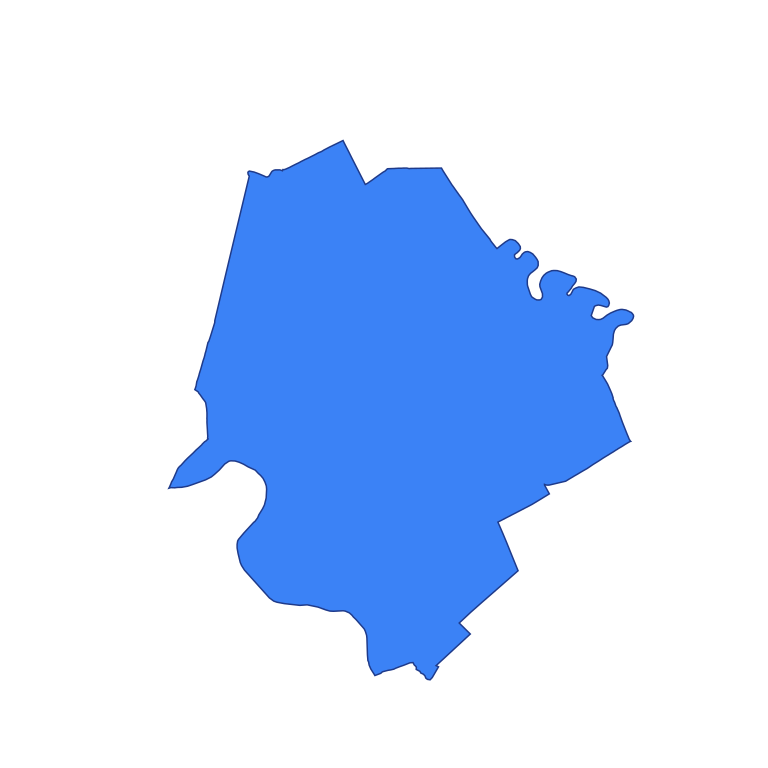 the district of Cilibia, Buzau, Romania, rotated 227°
{"feature_id": "2599482B67020299578816", "entity_name": "Cilibia", "entity_type": "district", "adm_level": 2, "iso_a3": "ROU", "parent_name": "Romania", "parent_adm1": "Buzau", "projection": "equal_earth", "projection_center": [27.05, 45.044], "detail": "fine", "context": "isolated", "style": "filled", "palette": "blue", "viewbox_px": 768, "rotation_deg": 227, "n_neighbors": 0, "source": "geoboundaries", "source_scale": "gbopen_adm2", "svg_char_len": 5943}
<svg xmlns="http://www.w3.org/2000/svg" viewBox="0 0 768 768"><g transform="rotate(227 384 384)"><path d="M590.0,520.1L592.1,513.3L594.2,506.6L596.1,499.7L596.5,497.5L596.8,496.4L597.9,493.6L598.8,490.0L600.6,483.8L601.3,481.5L602.0,479.5L602.8,476.7L603.4,474.7L603.6,473.7L604.1,471.9L604.7,470.1L606.0,465.7L606.7,463.1L606.9,462.4L607.4,461.0L607.9,459.5L608.2,458.7L608.7,457.5L609.3,456.7L609.8,456.3L609.2,455.2L611.6,453.9L614.8,450.4L615.4,449.3L615.7,448.3L615.9,447.2L615.8,446.5L615.2,444.3L614.8,443.0L614.5,441.4L614.8,440.4L615.2,439.6L616.0,438.9L617.8,438.2L623.4,435.7L627.7,433.5L631.5,430.8L631.6,430.5L631.8,429.8L631.7,429.0L631.3,428.5L629.9,427.6L627.9,427.2L580.6,355.8L571.7,342.4L545.9,303.7L544.3,302.0L536.8,288.9L534.6,284.8L534.5,283.7L529.4,276.0L528.4,274.2L527.2,272.5L525.8,270.2L524.3,267.4L519.9,260.2L517.7,256.3L516.4,254.3L515.2,252.2L514.1,250.2L513.4,248.7L510.7,245.2L509.6,243.2L508.9,241.8L508.1,242.0L505.2,242.7L504.4,242.6L504.0,242.4L503.5,242.3L501.6,242.2L500.2,242.0L496.7,241.5L494.4,241.3L492.9,241.1L491.9,240.8L488.9,238.8L487.1,237.6L483.7,234.9L480.9,232.3L479.4,230.8L478.4,230.0L477.4,229.0L476.3,228.0L473.5,225.7L470.6,223.3L468.0,221.1L465.9,219.4L464.7,218.0L463.8,217.9L463.8,215.1L463.8,214.8L464.1,213.4L464.0,210.0L463.8,209.3L463.8,207.3L463.8,204.9L463.9,201.6L463.7,197.4L463.7,195.6L463.7,192.0L463.7,189.7L463.6,187.4L463.6,186.5L463.5,185.6L463.4,184.4L463.2,182.2L463.0,179.9L463.1,178.9L463.0,176.8L462.7,175.6L462.3,174.4L461.1,171.8L460.3,169.9L458.2,165.1L457.6,163.0L457.2,161.7L456.5,160.4L455.0,157.0L454.5,155.6L453.6,157.4L450.8,160.2L449.3,162.3L446.5,165.5L443.2,170.6L441.0,175.5L435.6,188.1L433.8,194.3L433.5,198.6L433.4,204.9L434.1,212.9L433.3,217.9L432.3,219.6L429.2,222.6L425.6,224.7L421.1,226.6L416.1,228.1L408.8,231.1L404.3,231.1L401.3,231.4L397.4,231.2L393.3,230.0L389.7,228.4L387.1,226.4L381.0,220.1L377.1,214.1L375.6,210.2L373.7,203.3L372.3,200.3L371.5,195.8L371.7,194.4L370.6,179.9L369.6,171.7L369.0,169.9L366.9,167.2L364.2,164.7L359.6,161.7L351.4,157.1L348.3,156.0L342.9,155.0L305.7,154.3L300.4,155.3L297.4,156.9L291.4,161.3L279.5,171.5L274.9,177.2L266.0,183.5L258.4,187.4L254.8,189.6L252.3,192.0L246.0,199.5L244.3,200.8L240.2,202.6L236.8,202.9L234.4,202.7L230.8,202.9L218.4,202.5L215.9,201.7L212.1,199.9L209.8,198.2L197.0,187.0L192.7,183.6L191.3,183.2L188.5,181.4L184.6,180.0L178.7,178.9L177.0,178.5L174.6,184.3L174.6,186.5L174.1,187.5L172.8,189.9L171.7,191.9L170.4,193.8L168.7,196.8L168.2,198.6L166.6,202.6L164.8,206.7L162.4,212.8L160.5,215.2L157.8,214.5L155.6,214.7L154.6,214.3L153.3,212.9L149.3,214.3L147.6,213.8L144.8,214.9L142.6,214.9L140.4,214.0L138.4,214.3L136.2,216.0L136.4,219.1L140.0,231.0L142.5,230.0L142.3,276.6L154.9,276.1L157.9,276.0L157.9,292.1L157.5,307.0L156.8,328.4L156.0,354.7L174.1,361.6L184.5,365.6L193.4,368.9L204.4,372.8L205.3,373.1L195.0,410.1L192.6,421.6L190.9,430.0L200.7,432.5L201.1,432.9L200.8,433.0L198.9,434.2L197.4,435.9L189.0,450.6L188.0,455.5L187.2,459.1L187.0,460.2L186.1,464.0L185.4,467.3L184.6,470.9L183.6,475.1L182.6,481.7L182.4,482.8L181.3,488.3L181.2,488.9L180.3,494.2L178.8,501.5L178.7,502.1L178.3,504.0L178.0,505.3L177.9,506.0L177.8,506.5L177.7,507.2L177.4,508.9L177.1,510.1L177.0,511.1L176.2,514.6L175.7,517.2L175.6,517.8L175.4,519.0L174.6,522.6L174.3,523.9L174.1,524.8L173.8,525.3L174.2,525.3L175.1,525.4L177.1,525.9L178.2,526.4L180.7,527.3L183.6,528.4L186.1,529.4L193.5,532.3L200.5,535.3L202.1,536.1L207.0,537.8L207.7,538.1L209.6,538.5L213.2,540.1L213.7,540.3L215.5,540.8L217.6,541.9L217.7,542.2L221.5,544.0L224.5,545.1L230.6,547.2L231.9,547.6L236.5,548.6L240.5,549.4L241.6,549.5L241.5,550.2L241.6,550.7L243.0,556.0L243.2,558.1L244.9,560.2L252.3,565.5L255.9,574.9L256.9,577.6L258.2,579.4L260.4,581.9L264.0,585.8L265.9,589.0L266.6,591.4L266.6,594.9L265.6,597.4L262.6,601.6L261.7,603.4L261.5,604.6L261.4,608.4L262.1,610.8L263.2,612.6L264.3,613.4L266.3,613.7L267.8,613.6L269.1,613.0L270.6,612.5L273.1,611.4L276.2,609.0L277.5,607.4L279.0,604.6L280.0,602.1L281.4,598.1L282.3,594.0L282.7,589.1L283.5,586.5L284.7,584.9L286.6,583.1L290.1,581.8L292.7,582.2L297.2,590.7L297.0,592.1L295.6,594.6L293.5,596.2L288.6,599.1L287.9,600.5L288.3,602.1L289.5,604.0L291.4,605.1L293.4,605.6L295.8,605.6L302.7,604.4L306.2,603.0L308.2,602.2L313.2,599.3L318.7,595.7L322.1,592.7L323.4,589.8L324.1,587.1L322.9,583.9L322.2,581.7L322.5,579.6L323.5,579.0L324.9,579.1L325.7,580.0L325.7,581.6L326.1,584.5L326.3,586.0L327.1,588.7L327.5,592.1L328.1,594.4L329.6,596.2L332.4,596.6L334.0,595.9L335.9,594.7L338.3,593.4L342.5,591.5L345.7,589.9L348.8,588.0L351.1,585.7L352.5,583.9L353.9,580.3L354.4,578.3L354.5,574.9L353.9,572.0L352.5,568.8L350.7,565.9L348.8,564.4L345.8,563.1L342.0,561.5L339.5,559.2L338.7,556.5L339.5,554.9L341.3,553.1L343.0,552.4L345.8,551.7L347.2,551.5L349.9,552.3L357.6,555.8L358.9,556.6L361.7,559.1L363.1,560.7L364.6,563.6L365.0,566.6L364.7,569.5L364.5,572.4L364.5,575.3L365.6,577.7L368.4,580.2L370.7,580.9L373.3,581.3L377.6,581.5L380.5,580.7L382.8,579.5L384.0,577.9L384.6,576.5L384.7,573.7L384.0,571.0L383.8,569.5L384.4,566.9L385.5,565.9L387.6,566.0L388.4,566.6L389.5,567.6L389.5,569.0L389.2,571.1L389.3,574.4L390.0,576.1L391.6,577.4L395.1,578.0L399.3,577.8L402.1,576.3L403.9,574.6L404.2,573.6L404.7,571.5L405.1,569.7L405.7,562.9L406.0,559.0L408.0,559.0L411.4,559.3L413.2,559.4L415.9,559.7L417.7,560.2L431.1,561.1L435.3,561.7L445.6,563.2L449.8,563.9L455.1,565.0L463.9,566.9L464.6,567.1L469.2,567.7L470.5,567.8L472.6,568.1L477.2,568.7L481.5,569.3L483.4,569.5L487.6,570.3L496.1,571.9L499.8,572.6L502.7,573.3L503.2,572.8L505.4,570.4L523.4,550.6L524.3,549.4L525.1,548.8L525.7,548.4L526.3,548.0L526.8,547.5L529.4,544.6L529.8,544.0L531.8,541.9L532.8,540.7L533.9,539.4L534.5,538.6L536.1,536.8L536.6,536.2L537.9,534.7L538.5,534.0L539.1,533.2L539.0,530.1L539.6,527.5L541.0,516.8L541.0,516.1L542.1,508.5L542.7,506.4L571.9,514.8L577.3,516.4L587.1,519.2L590.0,520.1Z" fill="#3b82f6" stroke="#1e3a8a" stroke-width="1.5"/></g></svg>